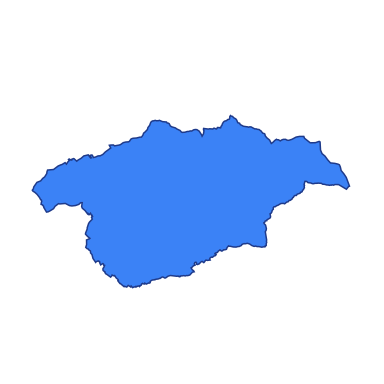 Crasna, Gorj, Romania (Natural Earth projection), rotated 74°
{"feature_id": "2599482B71276356252313", "entity_name": "Crasna", "entity_type": "district", "adm_level": 2, "iso_a3": "ROU", "parent_name": "Romania", "parent_adm1": "Gorj", "projection": "natural_earth1", "projection_center": [23.564, 45.231], "detail": "fine", "context": "isolated", "style": "filled", "palette": "blue", "viewbox_px": 384, "rotation_deg": 74, "n_neighbors": 0, "source": "geoboundaries", "source_scale": "gbopen_adm2", "svg_char_len": 6090}
<svg xmlns="http://www.w3.org/2000/svg" viewBox="0 0 384 384"><g transform="rotate(74 192 192)"><path d="M145.4,343.8L146.2,345.0L147.3,344.7L149.1,343.1L151.7,341.5L155.3,340.1L157.7,339.6L158.2,339.0L159.7,339.1L160.9,339.9L162.3,340.5L163.2,339.2L163.9,339.1L164.7,338.6L166.1,338.7L171.2,337.4L171.4,335.8L171.1,334.1L169.9,329.7L168.0,327.6L166.4,323.5L167.0,322.5L168.1,316.9L171.3,313.5L172.3,311.3L172.9,307.7L172.7,304.2L171.6,302.0L172.0,300.5L175.6,302.1L177.4,301.9L180.4,299.9L184.3,298.4L183.9,297.9L185.5,297.3L185.4,296.8L184.9,296.4L184.9,295.7L184.6,295.4L187.0,295.0L186.9,294.5L188.2,294.4L188.7,295.6L190.6,295.3L192.7,298.9L193.8,300.1L197.5,302.6L198.6,302.9L202.3,305.7L203.2,306.0L206.0,304.6L208.4,302.9L208.7,303.5L209.0,306.6L213.5,307.8L215.9,309.4L217.5,308.5L218.2,307.5L219.2,307.2L220.7,305.9L222.6,306.3L224.6,305.4L228.6,305.5L233.1,304.0L232.6,303.4L232.4,301.1L233.1,300.7L233.2,300.1L233.4,300.0L234.8,300.2L236.9,299.9L236.2,297.4L237.0,296.9L238.2,297.0L238.5,296.3L240.2,297.6L240.9,298.6L242.4,299.1L243.1,299.0L245.0,297.6L245.4,297.9L246.8,297.5L247.8,296.5L251.4,293.7L250.4,292.1L249.8,291.7L251.2,290.0L251.0,289.4L253.7,288.6L255.6,287.3L256.5,287.1L256.7,287.7L257.1,287.7L260.1,286.5L260.1,286.2L264.3,283.4L264.0,282.9L265.4,280.9L264.2,279.1L266.4,277.1L265.6,276.4L267.6,275.4L267.3,274.0L267.5,273.0L267.2,272.3L267.3,271.9L267.9,271.9L267.5,270.4L267.7,270.2L267.6,269.0L267.6,268.6L268.4,268.5L267.7,267.1L267.6,266.5L266.6,265.9L266.2,264.8L266.8,264.4L267.2,263.2L266.8,262.9L267.3,262.7L267.0,262.1L267.9,261.3L267.5,258.8L267.8,258.3L267.8,257.5L267.3,257.0L266.5,256.9L265.8,255.3L265.7,254.0L266.0,253.0L265.8,252.4L266.2,251.9L265.9,250.7L266.3,248.5L266.1,247.0L266.3,246.7L265.5,244.1L265.7,243.4L267.3,241.7L267.2,240.6L266.3,238.2L266.3,235.8L268.9,229.6L268.9,228.6L269.8,227.8L269.7,227.3L270.1,227.1L270.0,226.4L269.6,226.2L269.6,225.5L269.9,224.8L270.1,222.9L270.8,221.7L270.8,220.1L271.2,219.2L271.2,217.0L269.2,213.7L269.3,211.9L268.0,212.2L267.0,213.1L264.7,213.8L264.3,212.6L263.3,210.9L263.2,209.3L261.7,209.6L260.6,208.7L260.5,208.0L260.6,207.5L261.5,207.2L262.7,207.6L263.3,206.5L263.0,205.6L263.1,205.0L261.8,202.8L261.5,201.9L261.7,201.1L263.0,200.4L263.1,200.0L262.3,198.8L261.8,198.4L261.3,197.3L262.0,196.1L262.4,193.3L261.3,193.5L260.6,193.1L259.9,191.4L260.4,190.3L259.6,188.5L259.6,187.0L259.4,186.7L258.6,186.0L257.9,187.0L257.4,186.9L257.0,185.2L257.1,184.2L256.0,182.9L255.8,182.0L255.4,181.4L255.5,180.9L256.8,180.1L257.0,179.1L256.3,177.6L256.6,176.4L256.6,174.7L255.0,173.5L253.9,171.8L254.2,171.6L254.7,170.2L256.2,167.5L257.1,164.8L257.1,162.9L257.4,161.7L257.0,159.2L256.2,158.5L256.0,156.7L256.0,156.0L256.4,155.5L256.6,152.9L257.8,151.0L259.9,149.3L261.4,147.3L261.5,145.8L262.4,144.5L262.9,142.7L264.3,140.1L264.4,138.5L264.8,137.0L264.7,136.6L264.0,136.5L264.0,135.6L263.8,135.3L262.3,135.0L260.8,134.0L259.8,134.1L258.8,133.5L250.4,132.5L249.2,131.3L247.8,130.6L244.1,130.4L242.2,131.4L241.4,131.4L241.1,130.4L240.0,129.5L240.2,128.0L239.4,127.6L238.6,124.3L238.0,123.6L237.1,123.2L234.5,123.0L234.3,122.0L233.4,120.9L231.7,119.9L231.0,118.6L229.6,118.3L228.8,117.2L229.1,115.9L228.4,114.3L228.5,113.3L227.6,109.8L228.0,107.7L228.3,106.9L228.8,106.5L228.8,105.9L227.8,103.8L227.9,102.3L226.9,101.0L227.1,99.9L226.8,98.9L226.5,98.6L226.5,98.0L225.2,96.7L225.1,96.0L224.2,95.2L223.7,93.9L224.1,92.6L223.1,91.5L223.0,88.5L222.1,87.7L222.3,86.9L222.0,86.0L220.8,85.3L220.5,84.2L219.5,83.6L219.0,82.8L217.1,82.5L216.6,82.0L215.7,82.2L212.9,80.5L213.4,78.9L215.0,77.9L216.1,75.3L217.1,74.1L217.6,72.6L217.5,71.7L218.2,68.9L218.1,68.6L218.9,66.5L219.3,65.3L220.5,64.3L221.2,62.4L222.4,60.5L222.8,59.2L223.5,58.0L223.6,56.3L223.9,56.0L223.8,55.1L224.5,53.9L224.2,52.9L224.3,52.2L225.2,49.3L225.5,48.8L231.9,42.8L230.0,40.1L229.8,39.0L220.5,39.7L216.4,41.0L212.5,42.7L208.8,42.5L206.5,42.8L205.5,43.9L203.9,46.7L202.2,50.9L198.5,52.7L194.1,54.3L191.0,56.4L187.1,56.9L179.2,55.1L178.4,55.8L178.6,59.8L177.3,64.8L171.4,69.0L169.4,69.2L168.2,73.3L167.9,76.8L168.9,81.4L169.0,84.5L168.8,85.5L168.0,86.8L167.2,87.4L166.6,89.6L166.6,91.0L167.2,93.1L165.7,94.4L165.1,95.9L164.6,96.3L165.3,98.3L166.6,100.6L167.2,102.4L163.5,103.1L160.4,105.2L158.2,106.1L156.4,106.0L155.8,106.4L154.9,107.8L152.0,109.0L151.4,109.7L150.5,110.2L149.7,112.0L149.0,112.9L148.6,114.3L145.7,117.3L145.2,118.9L145.3,119.8L144.8,120.4L143.0,124.4L140.5,127.0L139.0,127.3L138.0,128.9L135.3,129.2L133.9,129.7L132.0,131.5L130.5,132.2L129.9,133.4L129.1,133.9L129.8,134.8L132.0,135.7L132.3,136.1L132.2,137.7L132.9,139.2L132.9,141.3L133.4,142.4L134.5,143.7L136.4,145.1L136.8,145.9L138.2,146.8L138.0,147.5L137.4,148.3L137.3,149.3L137.0,149.8L138.0,150.7L138.1,151.4L136.8,153.0L136.7,153.6L137.2,154.6L136.1,157.5L136.0,159.0L134.1,163.3L134.8,163.7L135.2,163.5L135.9,163.8L136.4,163.6L139.2,164.9L141.1,166.9L139.9,167.0L135.5,168.3L133.4,170.1L132.8,171.7L132.7,173.3L133.3,175.5L132.8,176.9L132.9,178.4L132.5,179.9L132.6,182.2L132.0,185.0L131.4,185.7L129.6,186.5L127.2,189.2L125.8,190.3L123.9,193.3L122.6,194.6L120.0,195.1L119.4,195.6L118.8,196.9L117.7,197.2L116.2,201.0L114.1,203.6L114.2,204.6L113.7,206.6L113.0,207.6L113.0,209.4L112.8,210.4L113.2,211.8L114.0,212.7L116.2,214.3L117.9,216.6L119.6,217.6L121.5,220.8L122.1,222.3L123.8,223.5L125.3,225.4L124.9,227.1L124.8,230.5L124.1,233.8L124.1,234.9L124.3,236.1L125.9,238.0L126.3,239.0L125.7,241.9L125.6,244.5L126.7,247.6L126.8,249.0L126.3,253.7L125.1,254.6L124.4,257.5L124.3,258.6L127.3,258.0L129.6,264.3L131.3,267.3L131.9,270.3L131.4,272.3L131.8,275.2L131.7,277.2L129.1,277.7L128.7,278.5L128.7,279.7L129.2,280.1L131.4,279.4L131.4,279.9L129.0,280.3L129.1,280.7L129.5,280.8L127.7,281.5L127.5,286.1L129.0,289.2L129.9,292.8L130.6,294.3L127.5,296.2L127.2,296.7L127.4,298.5L128.0,298.6L128.0,299.4L126.4,301.0L126.8,301.8L127.9,301.3L128.9,303.1L130.6,305.0L128.8,305.9L129.8,309.7L129.7,310.3L130.1,313.5L132.2,318.9L131.1,324.8L132.7,325.9L134.2,326.5L136.9,329.5L137.8,331.8L139.6,334.4L140.0,338.4L143.4,342.6L145.4,343.8Z" fill="#3b82f6" stroke="#1e3a8a" stroke-width="1.5"/></g></svg>